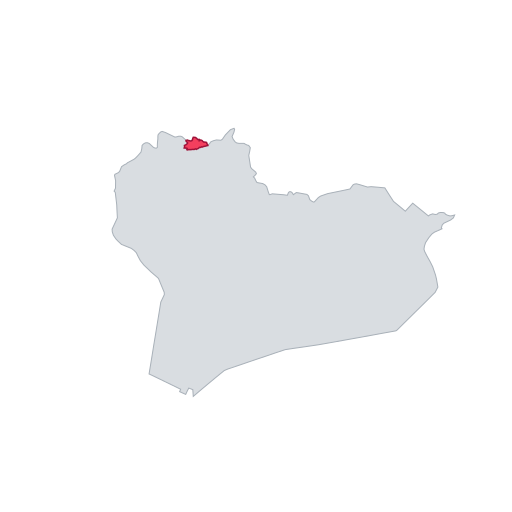 Pshdar, As-Sulaymaniyah, Iraq (highlighted), rotated 310°
{"feature_id": "34846034B40807866261239", "entity_name": "Pshdar", "entity_type": "district", "adm_level": 2, "iso_a3": "IRQ", "parent_name": "Iraq", "parent_adm1": "As-Sulaymaniyah", "projection": "robinson", "projection_center": [45.138, 36.265], "detail": "fine", "context": "in_parent", "style": "filled", "palette": "rose", "viewbox_px": 512, "rotation_deg": 310, "n_neighbors": 0, "source": "geoboundaries", "source_scale": "gbopen_adm2", "svg_char_len": 4646}
<svg xmlns="http://www.w3.org/2000/svg" viewBox="0 0 512 512"><g transform="rotate(310 256 256)"><path d="M214.5,105.6L217.6,104.8L223.4,100.1L226.8,95.8L227.9,95.4L230.9,96.8L233.0,97.2L238.0,95.6L241.0,96.4L243.4,97.5L244.8,97.6L251.5,100.3L253.1,100.7L256.6,101.0L261.7,101.1L265.0,99.4L267.4,97.7L269.0,97.7L270.6,98.1L271.9,98.8L273.0,100.1L273.6,101.9L273.3,107.7L273.8,109.3L274.7,110.4L275.9,110.6L277.3,109.3L279.7,107.5L282.7,105.5L285.0,103.6L286.2,103.0L288.3,103.1L290.2,103.4L291.3,104.3L291.3,104.5L292.4,107.3L295.0,117.5L296.5,118.8L298.2,119.9L299.4,121.4L299.9,122.9L299.8,125.3L299.8,128.0L300.5,130.1L301.5,131.7L302.4,132.5L303.8,132.6L305.4,133.0L306.5,134.6L310.1,146.2L310.4,147.7L311.9,148.2L314.3,148.0L316.8,149.2L319.5,151.1L322.0,154.6L323.7,155.2L329.0,154.7L336.3,155.2L339.7,157.1L339.3,158.2L336.7,159.5L332.1,160.9L330.8,163.4L330.0,166.7L330.2,168.5L331.3,170.5L334.6,174.5L334.8,175.9L335.3,177.9L336.0,179.3L335.3,182.0L332.3,183.8L328.4,185.8L320.6,194.7L320.1,196.6L320.1,201.9L319.3,203.4L316.9,203.4L314.9,203.1L314.8,204.9L313.6,207.4L312.9,209.5L315.8,214.6L316.3,217.2L315.9,219.7L313.2,223.9L311.6,226.7L312.0,227.3L314.1,228.5L320.6,237.7L322.7,241.0L325.4,240.1L326.4,240.2L327.2,240.7L327.7,241.8L327.7,243.2L327.0,245.2L330.5,246.1L331.8,248.2L335.9,255.4L335.8,257.5L333.8,260.9L333.8,263.2L334.2,265.2L334.9,265.9L340.9,266.2L343.5,267.0L349.7,270.7L356.9,276.4L362.7,281.0L367.7,284.9L373.1,284.6L374.5,285.3L375.9,286.6L377.4,289.8L380.5,297.1L383.1,299.6L387.2,305.4L391.0,310.9L388.6,318.4L386.2,326.2L386.3,336.2L386.3,341.6L391.5,341.8L397.2,342.1L397.3,348.5L397.4,355.0L397.5,362.3L399.2,362.7L401.8,364.2L403.0,366.6L404.4,367.9L406.2,368.1L407.9,369.3L409.6,371.5L410.2,373.1L409.8,374.2L410.2,376.1L411.4,378.9L412.8,380.2L415.1,381.8L412.1,382.7L408.8,382.0L401.8,378.8L399.5,378.7L396.6,379.9L396.4,381.0L389.0,377.4L386.4,376.7L385.4,376.6L381.2,376.6L375.2,377.3L371.6,378.8L369.2,380.3L368.1,381.9L367.7,382.7L365.8,387.2L363.6,393.0L361.3,398.3L356.9,405.6L354.4,409.0L349.1,415.3L343.3,416.6L329.9,415.4L315.1,414.0L300.3,412.6L289.4,411.6L288.5,411.2L277.7,402.2L269.1,395.1L258.4,386.2L247.5,377.1L236.5,367.9L228.5,361.2L218.8,352.6L210.0,344.7L203.1,338.6L194.2,333.1L187.2,328.9L177.1,322.7L169.0,317.8L162.0,313.6L151.4,307.1L147.8,305.3L136.7,303.2L126.2,301.3L115.3,299.4L108.1,298.2L113.0,293.5L111.6,289.4L108.1,290.2L104.8,291.1L103.0,284.7L105.5,283.9L103.4,275.5L101.2,266.8L99.1,258.4L96.9,249.9L106.2,244.4L113.1,240.3L122.8,234.5L132.1,229.0L141.0,223.7L150.8,217.9L159.5,212.7L167.5,210.6L169.2,209.0L172.9,201.9L176.1,195.8L176.2,194.4L176.3,185.8L177.0,175.8L178.1,170.4L180.0,165.7L181.6,162.2L181.9,158.9L181.7,155.6L180.1,150.7L178.4,145.5L178.7,140.5L179.0,137.8L180.2,133.5L182.1,130.4L184.1,128.5L191.6,126.5L196.1,125.3L202.1,119.7L205.6,116.5L210.6,111.2L214.2,107.4L214.5,106.1L214.5,105.6Z" fill="#d9dde1" stroke="#a8b0b8" stroke-width="1"/><path d="M309.7,148.1L309.8,147.9L310.0,147.6L310.3,147.1L310.4,146.6L310.5,146.2L310.6,145.9L310.8,145.7L311.1,145.4L311.2,145.2L311.0,144.5L310.7,144.1L310.3,143.7L310.2,143.4L310.1,143.1L309.7,142.8L309.7,142.7L309.7,142.3L309.6,141.6L309.6,141.4L309.7,141.0L309.8,140.7L309.6,140.0L309.5,139.6L309.4,139.3L309.4,139.1L309.0,138.9L308.5,138.8L308.2,138.8L307.8,138.5L307.7,138.4L307.9,138.2L308.2,138.0L308.6,137.8L308.8,137.6L308.6,137.4L308.4,137.2L308.2,136.8L308.1,136.7L307.8,136.5L307.8,136.0L307.9,135.6L308.0,135.1L307.9,134.7L307.9,134.4L308.0,134.1L307.9,133.5L307.8,133.3L307.2,132.4L306.9,131.9L306.5,131.6L306.1,131.8L305.6,132.0L305.3,132.0L305.0,132.2L304.7,132.4L304.4,132.4L303.9,132.7L303.0,132.7L302.5,132.3L302.1,132.0L301.8,131.7L301.7,131.3L301.7,131.0L301.6,130.9L301.1,130.3L301.0,129.7L300.8,129.0L300.6,128.8L299.8,128.3L299.5,128.1L299.2,128.3L299.0,128.7L299.0,129.4L298.9,129.8L298.8,130.3L298.7,130.9L298.2,131.1L297.1,131.0L296.5,130.9L296.1,130.8L295.7,130.6L295.2,130.4L294.9,130.2L294.7,130.1L294.3,130.5L293.8,131.0L293.3,131.4L293.1,131.4L292.6,131.5L292.8,131.9L293.7,133.1L294.2,133.8L293.9,134.6L293.5,134.6L293.1,134.6L293.0,135.1L293.4,135.4L293.8,135.7L294.1,136.0L294.6,136.5L295.1,137.1L295.5,137.6L296.1,138.2L296.4,138.4L296.9,138.9L297.3,139.4L297.9,140.2L298.2,140.3L298.4,140.4L298.7,140.5L298.8,140.6L299.1,140.8L299.3,140.9L299.3,141.7L299.9,141.9L300.1,142.0L300.7,142.4L301.4,142.7L302.0,142.8L302.8,142.8L303.1,143.1L303.4,143.6L303.6,143.8L304.0,143.9L304.6,144.1L304.8,144.7L305.5,145.1L306.2,145.4L306.4,145.7L307.1,146.1L307.5,146.5L308.0,146.9L308.5,147.2L308.9,147.5L309.7,148.1Z" fill="#f43f5e" stroke="#9f1239" stroke-width="1.5"/></g></svg>